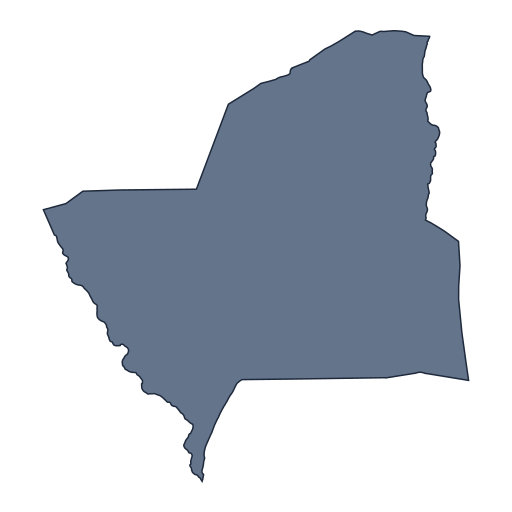 Mapai, Gaza, Mozambique (Robinson projection)
{"feature_id": "85939544B45935423796795", "entity_name": "Mapai", "entity_type": "district", "adm_level": 2, "iso_a3": "MOZ", "parent_name": "Mozambique", "parent_adm1": "Gaza", "projection": "robinson", "projection_center": [32.421, -22.625], "detail": "fine", "context": "isolated", "style": "filled", "palette": "slate", "viewbox_px": 512, "rotation_deg": 0, "n_neighbors": 0, "source": "geoboundaries", "source_scale": "gbopen_adm2", "svg_char_len": 5969}
<svg xmlns="http://www.w3.org/2000/svg" viewBox="0 0 512 512"><path d="M202.1,481.3L202.8,479.1L203.2,476.5L203.5,475.4L203.6,474.7L203.4,474.2L202.6,473.5L202.1,472.7L201.9,471.2L202.2,469.7L203.0,466.8L203.4,464.5L203.8,461.1L204.4,459.0L204.7,458.3L204.5,457.1L204.3,456.9L204.1,455.9L204.1,453.7L204.3,451.6L205.3,447.3L206.1,445.2L210.4,435.4L211.7,432.8L214.4,425.4L217.1,419.6L218.4,417.3L220.0,413.6L221.9,409.9L224.5,405.3L224.7,405.2L225.5,403.7L226.9,401.5L228.5,398.3L230.3,395.2L231.4,393.9L233.0,391.3L235.9,385.2L237.2,383.1L240.5,380.5L241.9,379.7L242.4,379.6L295.0,379.0L384.8,377.7L385.6,377.9L386.4,377.8L415.9,373.1L416.6,372.8L418.8,372.3L420.4,372.2L422.4,372.5L425.6,373.5L427.0,373.6L468.6,380.4L465.8,361.0L461.9,332.8L458.6,299.3L458.7,285.7L460.0,265.7L458.5,241.4L444.4,231.1L437.8,227.0L431.0,222.9L425.5,220.1L426.1,218.0L425.7,216.0L425.8,214.8L426.1,213.6L426.9,212.0L427.3,210.8L427.5,209.6L427.3,208.3L426.6,206.7L426.3,205.3L426.3,204.0L426.5,202.1L427.2,199.5L427.7,198.6L428.1,197.1L428.5,194.2L429.0,193.6L429.2,193.2L429.0,191.5L428.2,188.0L427.7,184.3L428.0,183.8L428.9,183.6L429.7,182.7L429.9,182.0L430.5,180.9L430.6,180.4L430.6,177.0L430.7,176.0L431.0,175.1L432.0,174.2L432.4,173.5L432.3,172.0L432.2,171.2L432.4,169.1L432.3,168.8L431.7,167.4L430.8,166.1L430.6,164.1L430.7,162.8L431.3,162.2L433.1,159.8L433.6,158.6L433.6,157.4L433.7,156.7L433.9,156.5L434.9,156.1L435.3,155.5L435.6,154.0L435.6,152.0L435.4,150.8L434.7,149.8L434.5,149.6L434.4,149.2L434.7,148.5L435.2,147.8L435.5,147.7L435.8,147.3L436.1,146.4L436.1,145.1L435.9,143.4L435.5,142.6L435.1,142.4L435.7,141.1L436.0,140.7L436.5,140.4L437.7,138.9L439.1,135.6L439.4,134.4L439.6,133.1L439.7,132.2L439.4,131.0L438.8,129.6L438.5,128.0L437.9,127.1L436.3,125.9L434.5,125.3L433.0,125.2L431.4,124.5L430.0,123.4L429.1,122.4L427.8,121.4L427.8,121.1L428.1,119.6L428.0,117.9L427.7,116.2L427.0,114.3L427.2,113.8L427.1,113.1L426.3,111.3L426.1,111.2L425.8,110.3L426.1,108.9L426.3,108.4L426.9,107.5L427.2,106.6L427.2,106.1L427.2,105.3L426.7,103.9L425.9,102.6L425.2,101.0L425.1,100.3L425.2,99.6L426.1,97.0L426.7,94.6L427.2,93.0L427.8,92.4L429.6,91.7L430.5,91.2L430.8,90.4L430.8,89.2L430.2,87.1L429.8,86.7L429.7,86.2L428.3,84.1L427.1,81.4L426.6,80.6L425.9,79.6L424.2,78.1L423.3,76.9L422.6,74.3L422.4,73.3L422.3,64.2L422.7,61.5L422.8,60.2L423.0,58.8L423.4,57.8L424.2,56.6L424.5,54.8L424.7,52.8L425.2,50.4L426.3,47.2L426.6,45.4L427.2,44.2L427.2,43.5L427.0,42.4L427.2,42.0L427.9,41.3L428.4,39.4L429.1,38.3L429.7,36.7L429.6,36.3L414.1,35.5L405.7,31.8L401.5,31.2L394.0,30.7L383.9,31.5L380.4,31.3L379.7,31.5L372.1,35.0L366.0,33.1L363.3,32.0L360.2,31.2L358.3,31.0L356.7,31.2L355.4,31.1L338.8,41.6L330.9,46.1L325.1,48.9L309.9,59.7L309.1,61.2L292.1,67.9L292.2,68.3L291.5,68.6L291.1,68.9L290.5,70.1L290.2,71.5L290.1,73.3L289.9,73.7L288.4,74.7L287.3,75.2L285.6,75.7L283.1,76.5L281.2,76.8L278.6,77.7L276.5,78.9L276.1,79.3L269.9,81.1L260.9,83.4L253.9,88.4L228.4,104.2L196.4,189.2L120.0,190.0L82.9,191.2L65.9,203.6L43.4,209.7L54.4,235.0L55.8,235.5L56.1,235.8L56.7,237.1L57.6,241.5L57.9,242.3L58.8,243.8L61.0,246.8L62.6,248.7L62.9,249.2L63.2,250.6L62.6,252.2L62.6,252.7L62.7,253.2L63.5,254.4L64.2,254.9L65.1,255.5L66.0,255.9L67.4,256.7L68.1,257.3L68.3,258.5L68.3,259.7L67.7,260.8L66.0,263.2L66.8,265.3L67.1,266.3L67.4,267.8L67.3,268.3L66.7,270.0L67.0,270.7L67.6,271.7L68.6,273.6L68.7,274.3L68.7,275.6L69.1,276.7L69.9,277.6L71.1,278.4L71.4,278.7L71.8,279.5L71.9,281.0L72.0,281.5L72.8,282.3L74.9,283.7L76.6,284.5L77.6,284.8L81.1,285.4L82.5,286.1L82.9,286.5L84.6,288.7L86.5,290.4L87.8,291.9L88.9,293.3L90.1,296.0L92.2,299.9L92.7,301.1L93.4,302.2L94.3,303.2L96.0,304.3L96.9,305.1L97.1,305.6L97.2,306.3L97.0,308.5L97.1,309.4L97.1,310.9L96.9,313.7L97.2,316.1L97.5,317.4L98.1,318.2L98.2,318.4L99.4,319.7L101.7,321.1L103.6,321.8L104.4,322.3L104.8,322.7L106.2,324.7L106.5,325.2L106.6,326.9L106.8,327.4L107.4,328.3L107.6,328.4L107.8,329.5L107.8,330.9L107.4,332.5L107.4,333.9L107.6,334.6L108.3,336.0L109.5,339.9L109.9,340.8L110.8,341.6L111.9,341.9L112.3,342.1L113.1,343.8L113.8,344.9L114.2,345.2L115.4,345.6L116.3,345.7L118.6,345.7L119.9,345.6L120.2,345.5L120.3,344.9L120.9,344.4L122.2,344.1L123.7,344.8L124.8,346.0L126.8,347.2L127.0,347.4L127.2,347.5L128.1,348.7L128.5,349.9L128.5,351.2L127.9,353.2L127.2,354.3L125.9,355.2L124.9,356.3L124.4,357.1L124.2,357.6L123.2,359.1L122.5,360.5L122.3,361.3L122.2,362.5L122.4,362.8L122.4,363.6L122.5,364.8L122.8,365.7L123.0,365.7L123.6,366.3L124.9,368.5L125.0,369.0L126.4,369.9L127.2,370.2L128.6,371.2L129.5,371.6L131.1,372.1L133.1,372.4L135.2,372.5L135.8,372.7L136.3,373.1L137.0,374.6L138.8,375.8L140.0,377.0L140.8,378.2L142.4,380.3L142.5,381.1L142.4,383.4L141.6,383.8L141.6,385.4L141.9,388.2L142.3,389.2L142.6,389.8L143.6,391.1L144.4,391.8L146.0,392.6L147.2,393.6L148.0,394.0L148.8,394.0L149.8,393.8L152.6,393.8L153.6,393.6L154.5,393.6L157.8,394.9L160.0,395.6L160.9,396.2L161.9,397.0L162.3,397.2L163.7,398.5L163.8,398.7L165.3,400.0L167.1,401.9L167.7,402.2L169.4,402.2L169.8,402.4L170.6,403.2L171.0,404.3L171.4,405.0L172.2,405.7L173.5,406.2L174.8,406.4L176.1,406.8L178.2,409.3L179.3,410.7L179.5,410.8L180.5,412.5L180.9,412.8L182.4,413.7L183.2,414.6L183.7,415.4L184.1,416.3L185.0,418.8L187.0,420.0L188.0,420.8L189.3,422.1L190.9,423.4L192.0,424.0L192.4,424.0L192.7,424.3L193.0,425.2L193.1,426.5L192.7,428.9L192.3,429.9L191.7,430.9L190.6,433.4L189.9,433.6L188.9,434.6L188.6,436.0L188.0,437.5L187.2,438.5L186.6,439.1L185.6,440.6L185.0,442.4L183.9,444.7L183.8,446.0L184.6,447.6L185.0,448.2L186.2,449.3L186.7,449.5L187.3,450.1L187.8,450.7L189.0,452.8L189.7,453.0L190.8,453.1L191.0,453.3L191.7,454.2L192.2,455.5L192.1,456.4L191.5,458.3L190.7,461.3L190.9,463.7L190.6,464.3L190.2,464.5L189.9,465.0L189.9,465.5L190.0,465.9L190.3,466.6L191.2,467.6L191.4,468.1L191.6,470.1L191.9,470.6L192.2,471.8L193.3,473.2L195.0,474.5L196.5,474.8L197.3,475.2L197.8,475.7L198.4,476.7L199.1,477.3L199.8,477.8L200.5,478.5L200.9,479.5L202.1,481.3Z" fill="#64748b" stroke="#1e293b" stroke-width="1.5"/></svg>